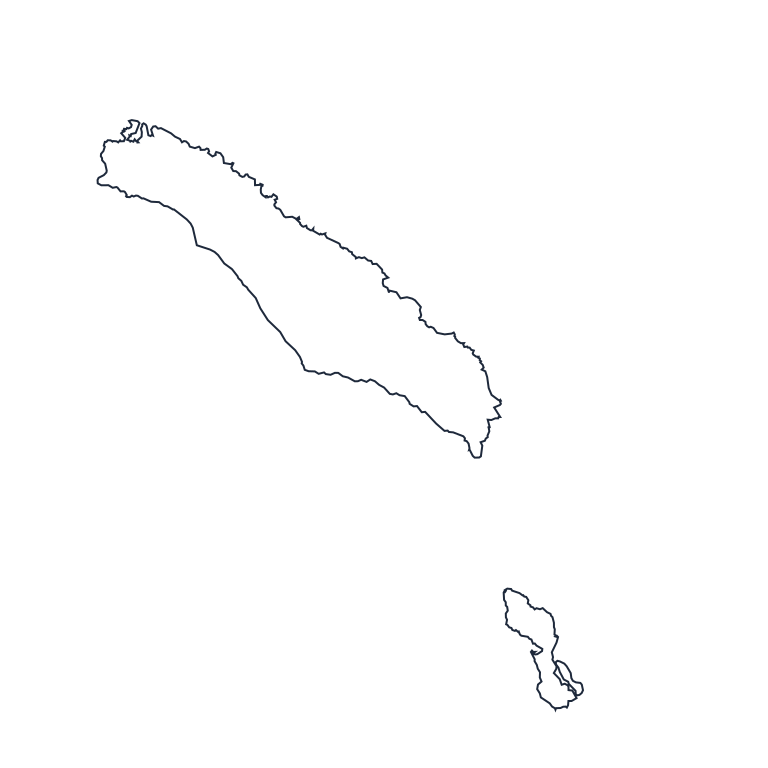 Ranongga-Simbo, Western, Solomon Islands (Natural Earth projection), rotated 320°
{"feature_id": "97153195B5229435776265", "entity_name": "Ranongga-Simbo", "entity_type": "district", "adm_level": 2, "iso_a3": "SLB", "parent_name": "Solomon Islands", "parent_adm1": "Western", "projection": "natural_earth1", "projection_center": [156.559, -8.122], "detail": "fine", "context": "isolated", "style": "outline", "palette": "slate", "viewbox_px": 768, "rotation_deg": 320, "n_neighbors": 0, "source": "geoboundaries", "source_scale": "gbopen_adm2", "svg_char_len": 6053}
<svg xmlns="http://www.w3.org/2000/svg" viewBox="0 0 768 768"><g transform="rotate(320 384 384)"><path d="M474.3,416.1L472.8,413.9L473.0,411.2L471.6,409.9L471.9,408.9L469.3,407.3L470.1,404.6L471.6,404.1L469.2,402.2L468.0,398.8L468.1,394.5L469.0,393.4L468.7,392.5L470.1,391.5L470.5,389.4L468.3,388.9L462.4,385.0L457.5,378.9L457.9,372.9L456.6,370.2L455.0,369.6L454.3,367.6L454.4,364.9L455.7,363.0L454.7,359.8L452.6,358.0L453.4,355.9L455.1,356.2L456.8,355.1L459.0,350.3L461.7,348.7L461.6,339.8L460.5,336.8L457.4,332.3L451.7,329.0L452.5,321.7L448.1,315.8L446.6,317.2L448.4,312.6L446.7,308.6L447.9,305.9L450.5,303.3L455.6,305.2L455.0,301.8L455.4,299.6L454.4,297.6L456.1,295.1L455.6,287.2L452.4,284.8L453.3,281.5L451.2,279.2L450.4,274.4L447.9,273.3L446.3,270.7L443.2,269.7L444.0,268.6L443.1,264.1L444.1,262.4L442.6,260.0L442.7,256.7L440.4,253.4L439.7,253.8L438.9,251.0L440.0,248.3L439.7,246.9L434.3,235.4L434.8,231.7L435.9,230.9L432.6,229.6L432.1,228.2L430.8,228.2L428.2,221.0L429.7,219.5L427.5,219.9L426.5,219.0L425.2,215.0L426.2,212.8L423.3,211.7L422.7,210.3L422.6,207.5L423.3,206.6L422.8,202.4L425.1,203.3L426.1,201.5L423.0,201.3L421.2,196.9L415.8,193.1L415.2,191.3L416.5,183.9L416.0,181.8L414.6,180.2L414.7,176.9L415.5,175.9L418.1,175.4L418.7,172.6L421.2,173.5L422.3,171.5L421.2,167.6L418.1,168.3L417.1,167.0L415.1,166.5L415.2,164.8L414.5,164.2L413.4,165.0L412.4,161.3L412.6,158.5L414.6,155.8L417.3,153.6L418.3,154.1L419.1,153.4L417.9,151.1L416.8,151.6L413.0,148.8L416.6,144.3L413.6,138.4L414.1,135.6L412.6,134.6L410.4,135.2L408.6,134.3L407.4,131.2L408.2,129.7L407.4,125.8L405.4,124.0L406.1,120.1L410.5,118.1L410.1,117.2L407.9,117.1L403.4,111.8L406.6,106.9L407.0,102.1L404.6,98.4L402.8,99.2L402.4,100.3L398.9,99.4L397.7,93.9L399.6,93.3L400.4,91.0L399.6,89.7L397.3,89.4L394.0,86.8L395.0,85.3L394.9,83.3L390.8,81.8L387.8,77.3L388.7,74.4L388.3,71.0L386.9,69.3L384.6,69.0L385.2,65.2L382.9,60.2L382.0,55.1L377.6,44.6L375.1,43.2L374.7,39.7L372.7,38.4L369.1,39.4L366.7,45.2L366.1,43.9L364.6,44.1L363.4,42.0L367.9,33.9L368.2,32.1L367.4,29.8L365.6,29.7L364.8,30.9L362.0,32.1L360.4,35.4L357.3,38.7L351.9,39.0L351.1,39.4L351.1,41.0L350.4,40.5L350.9,39.8L350.2,38.7L350.3,36.3L347.8,37.3L346.7,35.3L345.5,35.2L345.7,34.2L344.2,31.8L348.2,31.0L348.8,29.9L349.4,31.2L351.0,30.0L355.1,32.1L364.4,27.0L364.2,24.3L360.4,19.7L357.7,18.6L357.3,23.3L355.3,24.6L352.7,24.1L351.8,22.6L350.5,23.1L348.9,21.4L347.7,22.1L348.0,23.5L347.0,23.5L346.3,22.3L345.6,23.1L343.9,23.0L344.0,29.1L340.8,30.8L338.3,28.8L338.4,27.7L335.7,28.1L335.1,26.2L332.6,23.7L331.8,23.8L331.2,21.6L329.0,19.7L327.0,20.1L325.8,19.1L322.5,21.3L322.7,22.7L318.8,25.2L315.2,25.8L313.5,27.5L313.2,29.7L311.9,31.4L312.0,36.0L308.7,42.4L307.3,43.5L303.6,43.9L297.9,42.6L295.7,43.6L293.7,46.3L295.2,50.1L300.7,54.6L302.3,59.3L305.6,61.1L306.1,62.2L306.0,67.1L308.6,69.2L309.0,70.5L308.4,73.9L307.1,74.3L307.1,75.3L309.4,77.5L312.0,77.7L312.8,79.5L315.1,80.2L316.4,81.6L317.8,86.3L319.1,87.2L322.8,94.7L328.6,100.1L330.0,106.2L332.4,108.8L334.5,114.7L335.3,115.2L338.7,131.1L339.0,136.8L338.0,141.3L329.8,157.4L337.1,169.1L339.1,173.9L339.8,178.6L339.1,189.0L341.4,198.4L341.1,207.3L340.4,209.3L341.0,213.3L339.9,217.4L341.1,221.8L340.6,224.4L341.0,235.7L337.9,246.5L336.1,260.4L337.9,277.5L336.1,288.0L337.7,301.0L337.0,309.2L335.4,314.4L334.2,315.3L334.1,318.1L332.4,322.2L334.5,325.8L339.1,329.9L340.5,334.2L345.5,336.6L345.8,339.0L349.0,342.6L353.6,343.9L356.1,346.1L357.4,351.6L360.6,355.9L363.4,363.2L365.8,365.1L369.2,366.1L372.0,371.2L376.4,371.7L378.8,376.0L379.7,381.5L381.8,386.8L382.1,395.3L384.1,397.7L387.5,399.0L388.7,402.6L392.1,406.6L391.7,414.2L390.9,415.7L392.3,420.2L395.1,422.1L394.8,429.9L397.6,431.8L398.5,447.8L400.2,458.8L402.8,460.6L402.9,462.5L405.9,465.5L411.2,475.1L411.1,477.6L409.4,479.1L410.6,480.9L410.5,484.0L408.2,488.2L406.9,489.1L407.4,489.2L405.8,496.1L406.1,498.6L409.6,501.5L411.7,501.7L419.7,494.4L420.6,490.7L424.8,492.3L426.9,491.2L429.3,491.4L430.1,490.1L434.3,487.9L435.8,485.3L436.9,485.1L436.6,484.3L437.5,484.4L440.5,478.0L443.1,480.6L447.1,481.8L449.4,483.7L450.6,483.0L451.8,484.0L453.3,472.8L459.3,474.6L460.8,474.3L461.6,471.9L462.7,472.1L462.9,470.9L462.2,471.0L461.3,469.7L459.4,461.5L461.6,454.4L467.5,445.0L469.8,439.4L468.1,435.8L470.9,435.5L471.9,432.8L471.6,429.3L473.0,429.0L472.6,427.3L473.8,426.1L473.1,424.4L474.0,423.9L472.2,422.3L471.3,418.8L471.7,417.5L474.3,416.1ZM363.8,667.1L362.2,663.6L361.5,657.7L358.7,656.8L356.7,653.8L354.5,653.5L354.6,650.9L353.2,648.7L353.9,647.6L353.1,644.5L355.6,642.4L356.1,638.5L354.8,637.0L354.9,635.3L354.3,635.1L353.4,631.3L349.3,624.6L349.6,622.8L346.9,620.0L344.4,619.6L344.5,620.7L342.1,621.4L343.7,619.8L341.6,620.7L337.2,626.6L337.0,629.4L334.9,632.0L335.1,633.9L333.1,637.2L329.8,638.1L327.4,641.1L326.7,643.7L323.1,646.6L323.7,647.9L323.5,650.9L324.8,652.8L324.2,654.9L325.6,657.3L326.9,657.3L327.4,660.3L328.1,660.3L327.1,663.3L327.4,665.1L331.7,670.1L331.6,672.6L332.7,674.5L331.2,678.7L332.7,679.7L332.7,682.5L335.0,688.7L333.4,690.2L327.8,689.5L326.0,688.4L324.9,686.6L325.1,684.9L325.1,686.2L327.5,686.3L326.1,685.2L326.0,683.3L324.3,683.7L322.5,691.7L321.2,693.1L320.5,697.4L318.8,700.9L318.2,705.1L314.7,709.0L313.4,713.2L308.8,713.2L305.2,716.2L304.5,721.2L302.7,724.9L305.7,735.2L305.4,739.1L306.5,742.3L306.0,743.7L307.4,742.9L311.0,745.7L313.8,746.4L315.8,747.9L316.1,749.4L318.5,748.4L321.5,745.4L323.9,747.4L329.6,748.4L331.2,739.9L328.6,737.1L330.8,734.4L331.0,732.8L329.8,729.8L326.8,728.6L328.9,723.0L328.3,714.6L332.8,713.0L334.7,711.2L335.8,703.4L337.9,701.9L340.1,697.4L349.9,693.0L354.7,689.7L354.6,688.4L353.8,688.8L352.9,687.4L354.0,687.3L353.7,685.8L353.1,686.0L357.2,681.6L357.9,679.5L360.7,676.1L363.2,670.9L363.0,669.0L363.8,667.1ZM342.5,717.7L342.4,714.1L340.4,709.6L338.9,707.5L336.8,707.5L335.5,709.4L335.3,713.4L333.6,717.5L331.8,725.9L333.7,730.5L332.8,732.4L333.5,742.2L331.4,745.0L332.0,746.8L333.9,747.8L336.8,747.8L339.6,746.5L342.3,741.4L342.3,739.2L339.2,735.9L337.9,732.8L338.5,729.7L341.2,725.5L342.5,717.7Z" fill="none" stroke="#1e293b" stroke-width="2"/></g></svg>